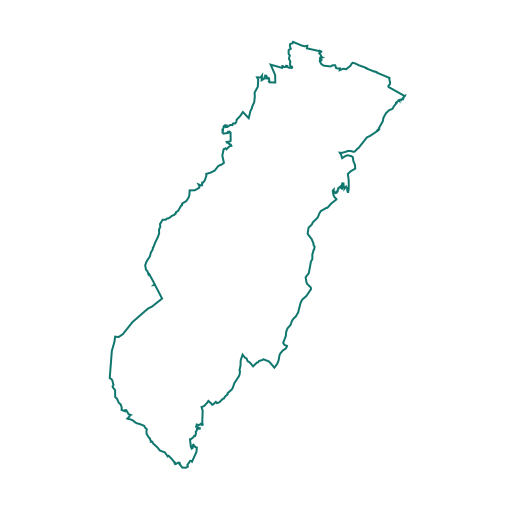 outline of Cazanesti, Mehedinti, Romania, rotated 274°
{"feature_id": "2599482B25744085941733", "entity_name": "Cazanesti", "entity_type": "district", "adm_level": 2, "iso_a3": "ROU", "parent_name": "Romania", "parent_adm1": "Mehedinti", "projection": "equal_earth", "projection_center": [22.915, 44.698], "detail": "fine", "context": "isolated", "style": "outline", "palette": "teal", "viewbox_px": 512, "rotation_deg": 274, "n_neighbors": 0, "source": "geoboundaries", "source_scale": "gbopen_adm2", "svg_char_len": 6078}
<svg xmlns="http://www.w3.org/2000/svg" viewBox="0 0 512 512"><g transform="rotate(274 256 256)"><path d="M455.5,338.9L453.9,337.6L452.5,337.1L448.6,332.9L448.9,330.0L447.2,326.5L449.0,326.6L448.7,324.5L449.1,322.8L451.8,321.7L451.6,318.9L450.7,318.1L450.3,316.9L450.6,310.3L452.0,307.8L454.8,306.0L455.7,306.1L455.6,307.5L455.9,307.7L456.9,307.5L457.3,306.1L457.8,306.0L458.3,307.1L458.7,306.9L458.9,308.1L459.3,307.3L461.3,306.4L462.7,304.9L464.0,305.8L463.9,306.5L464.3,306.9L464.7,306.5L465.3,304.8L464.9,304.2L466.7,292.3L469.3,292.5L468.6,289.9L469.1,287.0L472.2,278.0L470.8,277.7L470.0,275.5L469.0,275.1L467.3,275.3L465.3,276.2L464.9,276.1L464.3,274.8L463.5,274.2L460.4,274.4L459.5,274.7L458.5,275.7L455.1,275.1L452.3,276.7L449.9,276.5L448.1,276.9L447.7,277.2L447.4,278.6L446.7,279.0L446.1,278.6L446.1,275.9L446.7,274.1L447.7,274.0L447.9,272.8L446.7,272.3L446.4,270.7L447.3,269.7L447.3,269.0L445.5,268.8L447.9,257.3L437.8,262.5L430.4,263.1L430.2,257.3L431.0,256.6L431.8,257.1L434.3,256.5L434.5,255.6L434.0,255.2L434.3,254.7L433.9,254.4L433.9,254.0L435.4,254.3L436.0,254.0L435.9,253.3L436.6,253.4L436.6,252.6L435.7,252.6L435.3,252.1L433.5,251.8L431.8,249.4L436.4,249.4L434.4,248.2L434.3,244.6L432.1,245.9L425.0,246.0L418.9,243.2L415.0,243.7L409.4,243.5L404.3,241.6L403.0,241.6L400.5,240.4L393.0,239.1L398.7,232.9L394.3,230.3L390.8,227.3L388.1,226.9L386.6,225.8L386.8,224.2L386.2,223.6L385.0,223.4L384.9,221.1L383.4,219.4L383.3,218.3L382.7,218.2L382.5,216.7L383.1,216.5L384.2,217.1L384.2,215.9L383.2,215.5L383.2,214.8L380.0,214.3L379.8,213.8L379.1,214.2L378.8,213.9L377.9,214.2L377.6,213.9L376.6,214.1L375.8,215.1L376.9,219.7L377.9,219.4L378.3,220.7L377.4,222.0L369.2,222.7L368.4,221.9L367.7,218.8L367.1,219.2L367.4,219.8L366.1,221.1L365.3,223.2L364.2,223.7L363.8,222.4L362.8,221.1L360.4,219.1L361.3,218.2L360.3,216.3L353.8,215.4L346.7,217.5L344.6,215.1L344.0,213.3L342.6,211.7L338.4,208.9L336.1,205.1L334.4,200.6L332.7,200.9L327.8,199.6L325.6,198.1L325.6,197.3L325.2,197.1L322.8,197.3L322.7,195.6L323.4,193.7L321.5,194.8L320.1,194.5L317.3,190.4L316.8,185.2L312.0,185.3L309.4,184.6L305.9,182.6L303.2,178.7L301.5,178.7L301.2,177.9L295.5,175.1L294.1,173.1L292.6,172.9L292.3,172.2L291.4,171.8L290.2,169.3L288.3,167.3L287.4,165.8L287.1,164.4L285.9,163.4L285.7,160.4L281.2,158.0L278.5,158.5L275.5,157.4L271.9,157.8L268.3,156.9L262.4,154.5L257.7,153.1L257.1,152.5L255.6,152.6L252.1,150.9L248.0,150.1L243.1,147.3L239.0,146.1L234.7,147.2L233.3,148.7L230.5,149.9L231.0,150.1L230.9,150.5L220.8,156.9L219.8,155.9L220.0,157.3L207.0,165.3L198.3,155.8L196.0,151.9L181.5,137.4L168.7,128.6L165.6,124.6L165.7,121.1L160.7,120.8L151.2,118.8L124.0,118.6L123.0,120.5L121.7,121.4L117.5,122.8L115.9,122.0L115.1,122.3L112.3,124.8L105.4,125.4L104.1,127.2L100.0,129.4L98.3,131.5L95.4,132.6L93.0,132.7L92.1,136.0L92.9,135.9L93.2,137.3L89.4,139.9L88.7,142.0L88.2,141.1L87.3,141.1L84.8,139.0L84.5,139.9L84.4,141.8L83.1,145.3L82.3,146.0L80.9,148.4L80.1,152.4L78.8,156.2L77.0,157.4L75.5,159.2L73.7,158.9L70.9,159.3L67.6,161.6L66.5,163.0L65.4,163.2L64.3,164.1L63.3,164.1L63.5,165.4L61.7,166.6L58.0,171.2L55.2,173.7L53.8,178.7L49.9,181.9L50.6,182.8L47.6,186.2L44.9,188.7L43.4,189.4L43.9,189.8L42.9,190.5L44.5,192.9L44.4,193.5L43.4,194.0L43.9,194.4L41.8,195.4L39.8,197.2L39.9,200.8L41.1,202.7L42.7,202.1L47.1,204.7L47.0,205.8L46.4,206.5L56.5,210.3L60.8,210.3L61.2,208.8L64.0,206.2L61.6,207.1L61.4,206.7L62.1,206.3L61.7,205.5L60.0,206.1L59.4,205.3L61.4,204.3L68.1,203.0L68.6,203.1L68.4,203.5L70.9,206.2L72.4,207.0L72.3,207.9L74.8,208.5L76.3,208.1L77.8,209.1L79.3,209.1L79.9,212.0L80.4,211.9L80.5,210.2L81.2,210.0L81.5,208.2L83.8,208.7L83.4,210.4L83.5,211.1L84.0,212.1L84.7,212.4L85.0,213.6L83.8,213.8L83.7,214.4L84.3,214.6L86.0,214.0L97.9,213.6L101.5,212.2L102.8,214.8L106.3,217.6L108.1,218.6L105.3,222.2L104.5,222.7L104.9,223.5L107.7,226.1L106.5,227.1L107.0,228.7L108.0,230.1L110.9,232.5L111.7,234.0L113.5,234.8L116.1,237.4L117.1,237.2L121.1,241.1L122.8,242.0L127.7,243.3L135.2,247.5L136.9,247.9L139.8,248.1L140.8,247.5L145.7,248.2L150.8,248.0L156.7,249.5L154.0,251.9L153.1,253.7L150.5,255.0L149.3,257.4L145.7,260.8L149.8,264.4L149.9,265.3L151.5,266.4L152.7,269.7L153.5,270.6L151.6,276.5L145.9,282.1L149.9,284.7L153.5,285.8L158.8,286.4L160.4,287.0L163.6,289.3L165.5,291.9L167.1,292.9L168.5,293.2L169.0,291.2L169.7,290.2L171.3,289.2L178.2,291.3L182.4,291.4L186.1,292.5L189.7,295.3L193.8,296.4L196.2,297.8L198.4,299.9L202.7,302.0L211.8,303.6L215.0,304.8L216.1,305.5L219.4,308.9L226.8,313.2L228.5,312.8L231.7,309.0L233.4,308.1L238.2,307.0L242.3,309.7L243.5,310.0L254.3,311.2L256.7,312.4L262.0,312.1L263.5,312.7L265.5,312.8L266.3,313.5L269.4,313.8L270.6,312.8L272.8,312.3L276.8,310.3L281.5,306.1L283.2,306.0L288.0,306.5L291.2,309.4L293.6,310.4L298.6,314.8L303.5,316.5L305.3,317.5L308.8,322.7L309.1,323.9L313.5,327.3L317.9,332.1L318.3,332.3L320.5,330.0L322.3,329.0L326.5,328.0L327.6,328.9L326.4,328.9L324.3,330.6L324.2,331.1L324.7,331.7L325.5,331.8L325.3,332.4L326.2,333.0L327.0,332.7L328.7,333.6L329.3,333.3L332.0,336.1L331.2,336.5L330.8,336.0L329.8,336.1L329.1,337.0L329.2,337.5L332.6,336.8L334.5,337.0L334.5,338.2L330.9,338.7L330.2,339.6L330.6,340.0L329.8,339.9L331.3,341.0L330.8,341.2L330.5,341.9L329.9,342.5L328.5,342.3L326.3,343.0L326.3,343.5L329.8,343.8L338.0,343.2L344.2,341.9L347.0,344.4L350.1,348.9L354.0,348.3L357.2,346.6L361.5,345.6L362.3,344.0L362.9,340.2L361.7,337.8L359.6,335.1L363.0,333.8L364.9,332.4L364.9,334.5L366.4,338.9L367.2,340.0L367.3,343.4L366.7,346.3L367.3,347.4L370.3,349.9L370.7,350.6L382.1,358.4L383.8,361.5L389.3,368.5L389.4,368.0L390.3,368.6L391.3,370.1L392.0,369.7L399.4,373.1L402.8,373.5L407.5,375.7L410.8,378.7L412.1,381.5L412.9,382.2L414.8,383.0L417.8,385.1L418.7,385.0L418.8,385.8L420.0,386.2L421.1,387.5L420.9,387.8L421.4,387.6L422.1,389.1L421.5,389.9L423.1,391.1L422.7,391.7L423.7,392.1L424.1,391.8L425.9,393.3L426.2,393.4L426.0,393.0L433.8,376.5L434.8,376.2L436.8,377.6L438.0,377.7L442.0,376.6L442.9,376.8L447.4,363.6L447.8,363.6L448.4,361.7L448.1,361.4L450.9,352.8L451.3,352.9L453.6,344.8L455.0,341.6L455.5,338.9Z" fill="none" stroke="#0f766e" stroke-width="2"/></g></svg>